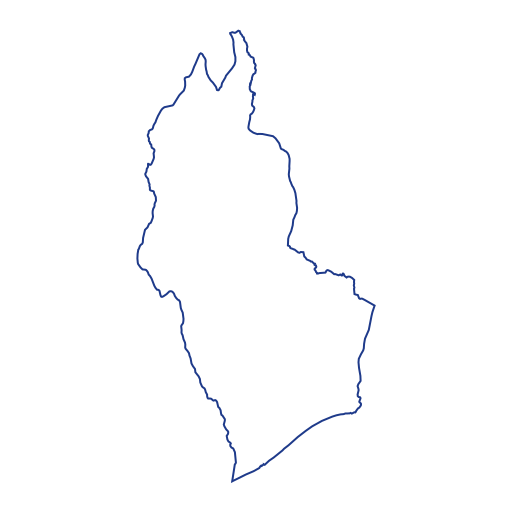 Zumalai, Cova Lima, East Timor (Equal Earth projection)
{"feature_id": "22284137B47375840688188", "entity_name": "Zumalai", "entity_type": "district", "adm_level": 2, "iso_a3": "TLS", "parent_name": "East Timor", "parent_adm1": "Cova Lima", "projection": "equal_earth", "projection_center": [125.45, -9.134], "detail": "fine", "context": "isolated", "style": "outline", "palette": "blue", "viewbox_px": 512, "rotation_deg": 0, "n_neighbors": 0, "source": "geoboundaries", "source_scale": "gbopen_adm2", "svg_char_len": 6011}
<svg xmlns="http://www.w3.org/2000/svg" viewBox="0 0 512 512"><path d="M230.1,33.1L230.3,34.0L231.4,35.5L232.1,37.0L233.1,39.6L233.5,42.5L233.4,44.2L234.2,52.2L235.4,57.1L235.4,61.2L234.5,64.6L232.0,68.4L226.0,75.7L225.3,77.6L222.0,83.2L221.3,86.7L220.1,87.7L218.7,90.1L218.1,90.3L217.0,90.0L216.0,86.9L212.9,82.6L210.7,80.4L208.5,77.0L207.7,75.0L207.0,73.9L206.6,71.4L206.1,69.7L205.6,66.1L205.5,64.3L205.7,61.7L205.6,60.0L205.0,58.5L203.1,55.7L202.7,54.7L202.0,53.9L200.7,53.3L199.5,54.3L195.4,64.0L194.2,66.5L192.2,71.9L190.9,74.5L188.9,76.7L186.0,77.3L184.8,78.2L184.7,79.5L185.1,81.6L185.2,85.5L184.8,87.7L183.8,90.6L180.0,94.4L179.1,95.5L173.4,104.7L172.6,105.4L164.4,107.2L162.4,108.7L161.0,110.5L158.0,115.9L156.3,119.8L155.4,122.4L154.5,123.7L153.5,125.6L152.9,128.0L152.5,128.8L151.9,129.4L150.1,130.0L148.8,131.3L148.6,133.2L147.8,134.9L147.8,135.8L149.0,138.5L148.8,140.2L149.0,141.3L149.8,142.0L150.0,143.6L151.2,144.5L151.4,146.4L151.8,147.7L153.8,149.0L154.4,149.9L154.4,151.1L153.6,153.3L154.0,157.3L153.6,159.0L151.7,163.4L151.2,164.2L150.6,164.8L149.5,164.7L148.7,163.9L148.1,163.9L148.0,164.7L148.1,166.1L147.8,167.3L146.8,168.8L146.4,171.6L145.3,173.8L145.3,174.5L146.0,176.3L148.1,178.9L148.6,182.0L149.6,184.4L149.4,185.6L149.9,187.6L149.9,189.7L150.2,190.2L151.0,190.6L153.5,191.3L153.9,192.0L154.2,193.6L155.8,197.1L156.0,200.7L154.8,203.2L154.5,204.5L154.6,205.7L154.1,207.3L153.3,208.5L152.7,211.0L152.6,213.1L153.0,216.5L152.7,218.0L151.4,221.5L150.7,222.9L149.1,223.8L147.5,227.4L145.1,229.7L144.9,230.3L143.1,237.9L142.8,242.4L142.2,243.8L140.8,244.8L139.9,246.0L138.8,249.0L138.3,249.6L137.6,253.9L137.4,258.5L137.8,262.8L138.1,264.0L140.5,267.4L142.5,269.4L145.3,269.7L146.1,270.0L147.1,271.1L147.9,272.3L148.7,274.6L150.1,276.1L151.6,278.7L154.3,285.7L155.4,287.7L157.0,289.7L158.6,289.9L159.5,290.9L160.4,294.9L161.0,296.4L161.4,296.8L162.4,296.8L163.7,296.1L166.5,294.2L169.4,291.4L170.9,291.2L172.3,291.7L173.3,292.7L174.1,293.9L174.8,295.9L176.2,298.0L177.7,299.6L179.1,300.3L180.0,301.9L180.8,308.0L181.4,309.8L182.7,312.6L183.5,318.8L183.4,321.0L183.0,323.2L181.4,325.5L181.2,326.3L181.6,330.1L181.5,332.5L181.8,333.7L182.6,335.2L183.5,339.2L185.0,342.6L185.3,344.6L185.2,347.5L185.6,348.7L187.6,351.1L189.0,353.2L189.5,355.6L190.6,358.4L191.5,363.5L192.9,366.1L195.0,369.0L195.4,372.3L198.6,376.3L199.9,379.0L200.3,382.5L201.9,386.2L202.6,387.1L204.5,388.4L205.1,389.6L205.8,392.2L207.1,394.6L207.1,396.0L207.5,397.7L208.1,398.5L210.8,398.6L211.4,398.9L212.9,400.3L213.6,400.6L215.1,400.1L215.5,400.2L216.2,400.7L217.1,402.1L218.2,406.9L219.4,408.0L220.6,410.3L221.0,413.2L221.4,414.8L222.5,415.6L224.8,419.1L224.9,419.9L224.7,421.2L223.8,424.5L224.4,426.3L226.2,429.4L227.9,431.2L228.2,431.8L228.2,433.0L227.9,434.1L226.7,435.9L227.4,439.5L228.4,441.4L230.4,442.8L230.8,443.5L230.2,444.8L230.4,446.1L231.5,447.6L233.0,448.3L233.4,448.8L234.9,452.2L235.9,462.5L235.6,463.4L234.8,464.5L232.2,481.3L245.9,474.5L253.6,471.2L259.3,468.0L260.2,466.5L261.1,465.7L261.4,466.1L261.7,466.0L262.7,465.1L263.8,464.6L263.8,464.3L264.7,464.8L269.1,460.7L273.6,457.6L282.4,450.5L284.1,448.7L288.5,445.3L297.8,437.0L305.7,430.9L312.2,426.3L321.9,420.9L332.3,416.6L336.4,415.3L340.5,414.4L343.7,414.1L345.3,413.5L349.4,413.4L350.7,412.9L351.8,413.6L354.1,412.4L354.9,412.2L355.2,412.4L355.9,411.7L356.2,410.8L358.0,408.4L359.3,407.6L360.6,405.8L360.9,405.2L361.0,404.2L360.9,403.5L359.4,402.1L359.3,401.6L360.5,398.4L360.4,397.8L360.1,397.3L358.7,397.0L357.8,396.2L357.6,394.5L358.6,390.3L358.5,389.1L357.6,386.1L358.3,384.2L360.6,380.9L360.4,375.9L359.0,367.7L358.5,362.3L358.8,358.8L361.0,354.2L363.2,350.4L363.8,348.3L364.1,343.8L365.0,338.7L368.8,329.9L371.5,316.0L372.4,312.2L374.6,305.6L364.8,300.0L362.3,298.7L361.2,298.6L360.1,298.9L359.1,298.3L357.8,295.0L356.2,294.7L354.5,294.1L354.0,288.7L354.4,287.7L353.8,285.3L354.2,283.7L354.0,282.1L354.2,279.9L352.0,277.9L349.9,276.7L348.7,276.6L347.4,276.8L346.6,277.5L344.5,275.9L343.7,274.0L343.0,273.5L342.6,273.8L342.2,275.4L341.6,275.5L340.2,274.5L338.7,275.3L335.3,274.1L334.2,274.2L331.2,271.7L328.4,270.3L327.5,270.1L326.8,270.4L326.1,271.2L325.7,272.2L325.4,272.6L319.2,273.1L317.9,273.6L317.0,273.5L317.0,272.8L316.1,272.1L315.5,270.6L314.6,269.6L314.7,268.6L316.1,267.4L316.3,266.6L315.9,265.4L315.1,265.3L314.5,264.8L314.9,263.7L313.8,263.4L311.9,261.5L310.8,261.5L310.2,260.9L306.7,259.4L305.5,257.6L304.3,256.5L303.4,252.2L300.8,252.0L299.5,252.8L298.1,252.4L294.5,249.5L293.7,249.4L292.8,248.9L290.7,248.2L290.2,247.8L289.9,246.6L289.4,246.1L287.9,245.5L288.2,238.9L288.8,236.4L291.2,231.1L292.7,225.4L293.3,219.7L294.4,217.4L295.3,215.0L296.4,213.2L296.9,210.9L297.1,207.9L296.4,203.0L296.5,200.9L295.4,193.2L294.4,189.9L293.2,187.2L292.4,186.2L291.3,183.7L290.8,182.2L290.1,180.9L289.0,176.4L288.8,174.2L289.4,168.7L289.3,166.2L289.6,161.0L289.6,158.9L288.7,155.2L287.6,153.1L286.2,151.6L284.6,150.8L283.6,149.9L281.8,149.2L280.9,148.6L279.2,143.3L275.5,138.3L273.0,136.2L262.4,134.0L258.8,133.9L257.5,134.1L256.1,133.7L253.4,132.7L251.3,131.3L249.9,130.3L248.6,128.7L248.4,127.5L248.5,126.4L249.3,122.0L250.0,119.4L250.2,117.0L250.1,115.4L250.6,114.4L251.9,113.6L253.1,111.9L253.9,110.1L254.4,108.3L253.8,106.9L252.2,105.6L251.9,104.0L252.4,101.8L252.4,100.5L253.2,98.4L252.9,96.3L253.2,95.2L253.0,94.9L253.1,94.2L253.8,94.1L254.7,94.8L255.0,93.8L254.7,93.1L253.0,92.2L251.2,91.5L250.7,91.0L249.8,89.2L249.7,86.4L250.4,85.0L250.0,84.7L250.1,83.6L250.4,83.0L250.8,83.1L251.3,80.7L252.0,79.5L251.9,78.0L252.7,75.4L253.5,74.1L254.2,73.8L255.4,72.8L255.5,71.6L255.9,70.3L255.7,69.3L255.3,69.1L254.9,68.2L255.7,65.2L255.1,64.4L255.1,63.9L254.1,62.9L253.9,61.5L254.0,60.2L253.5,58.1L253.2,57.7L250.6,56.6L249.9,55.2L248.7,54.6L248.8,53.5L248.5,53.0L247.5,52.3L247.0,50.6L247.0,48.7L247.4,46.7L246.4,43.1L244.8,41.2L244.0,39.9L244.2,39.6L243.8,37.4L242.7,36.7L241.9,35.0L240.4,33.4L240.3,32.5L239.7,31.7L239.7,31.2L238.3,30.7L235.5,32.7L234.5,32.8L232.3,32.2L230.1,33.1Z" fill="none" stroke="#1e3a8a" stroke-width="2"/></svg>